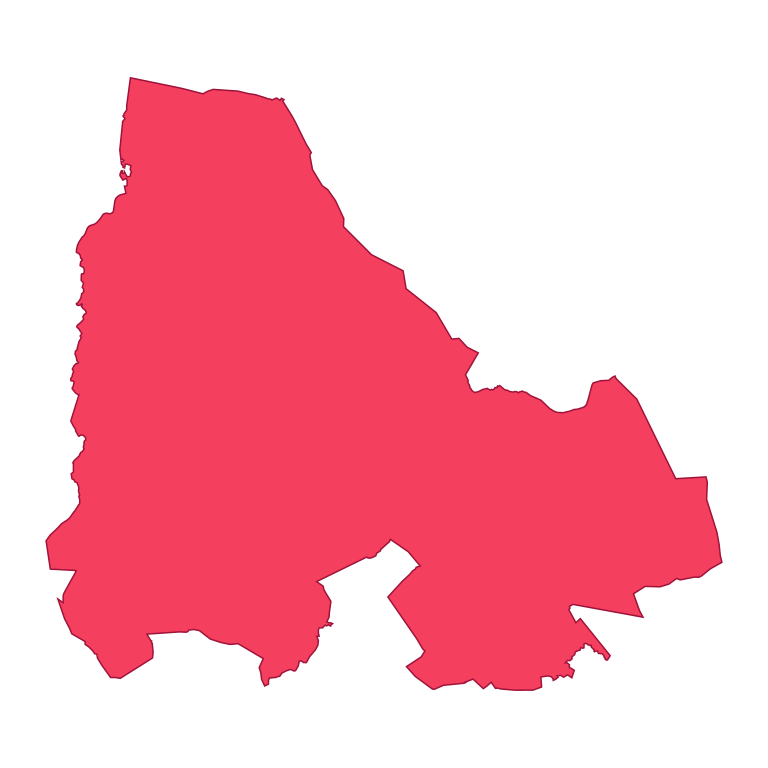 the district of Arroyo Seco, Querétaro, Mexico
{"feature_id": "50627088B12767875779778", "entity_name": "Arroyo Seco", "entity_type": "district", "adm_level": 2, "iso_a3": "MEX", "parent_name": "Mexico", "parent_adm1": "Querétaro", "projection": "natural_earth1", "projection_center": [-99.653, 21.432], "detail": "fine", "context": "isolated", "style": "filled", "palette": "rose", "viewbox_px": 768, "rotation_deg": 0, "n_neighbors": 0, "source": "geoboundaries", "source_scale": "gbopen_adm2", "svg_char_len": 5964}
<svg xmlns="http://www.w3.org/2000/svg" viewBox="0 0 768 768"><path d="M74.1,460.6L72.8,462.9L73.4,463.3L73.4,472.0L71.2,473.8L72.0,478.8L74.4,480.2L74.7,481.7L77.0,482.6L78.5,486.4L78.8,488.2L78.5,491.3L79.7,495.3L78.8,496.1L79.8,500.2L79.6,504.0L78.9,504.5L74.6,511.3L73.8,512.0L70.0,517.5L67.0,520.2L61.7,523.6L56.6,529.1L50.3,534.9L46.1,540.8L50.3,569.1L76.0,570.5L75.4,572.5L64.1,592.9L63.2,595.5L63.1,602.7L57.9,599.0L64.6,618.8L69.7,628.6L71.8,633.8L85.4,641.7L85.0,643.1L85.1,644.3L88.8,646.9L92.9,651.0L94.7,653.8L96.8,654.0L97.5,658.1L101.6,664.9L110.6,677.5L114.9,677.5L120.3,678.3L152.5,658.0L153.1,652.7L152.3,643.7L151.4,641.7L151.5,641.1L151.2,641.2L149.2,638.1L147.0,634.1L179.4,631.9L186.0,632.2L187.7,631.7L188.9,630.1L193.8,629.5L199.4,630.6L210.2,639.0L215.7,640.8L220.5,642.4L229.9,644.4L238.1,643.7L263.3,658.6L259.2,667.5L260.8,672.8L261.6,679.4L264.7,686.0L268.5,684.1L268.5,680.3L269.5,678.0L276.2,677.4L277.3,676.7L279.7,676.3L282.0,673.0L286.4,670.8L290.0,669.6L291.3,669.6L293.4,670.8L294.7,671.0L295.7,670.4L298.3,665.8L299.3,661.1L301.2,660.9L303.7,662.6L306.4,662.6L309.4,656.9L315.4,649.9L317.9,645.2L318.4,640.5L316.7,636.3L319.1,636.2L318.4,632.8L318.4,629.8L319.2,627.9L322.8,627.8L323.9,626.2L325.3,625.2L326.3,625.9L328.4,624.9L330.6,626.1L331.4,624.4L332.6,623.7L331.4,623.0L328.7,622.7L326.8,621.8L329.1,617.1L329.4,612.3L330.9,601.4L324.1,590.2L323.1,586.1L316.6,581.6L366.6,557.1L367.9,558.0L370.0,558.1L371.7,557.8L375.8,555.8L376.8,553.0L380.2,551.1L381.0,549.2L389.5,541.6L390.3,539.3L408.2,551.7L420.3,566.1L416.3,567.2L415.3,569.1L412.7,570.8L409.8,574.3L402.1,581.5L387.9,597.0L416.8,638.9L422.9,649.2L424.9,650.9L421.2,656.9L406.5,666.6L415.2,676.4L432.3,689.0L434.3,689.3L443.4,685.3L463.6,683.3L465.4,682.7L464.9,682.3L473.0,679.1L483.3,688.6L486.3,686.6L491.2,682.3L495.5,688.4L497.6,688.1L501.1,689.0L515.2,690.2L533.1,690.1L541.6,687.0L540.9,677.0L548.0,675.9L551.1,676.7L553.0,678.5L553.2,680.4L555.9,679.2L555.9,678.8L558.0,677.4L557.2,675.8L560.9,675.4L563.5,677.2L567.6,674.9L571.8,677.8L574.3,670.3L571.0,668.2L569.4,667.7L569.4,664.7L566.8,662.6L565.5,662.8L567.5,660.4L569.9,660.7L572.1,658.8L571.7,657.1L574.7,654.6L575.3,652.0L577.8,650.7L580.0,650.2L580.7,647.7L582.9,648.2L584.0,647.8L584.0,644.0L585.1,643.4L587.2,643.9L588.0,644.8L590.5,645.6L590.9,645.2L591.3,645.4L591.4,647.2L594.2,649.9L594.0,651.4L594.4,651.8L595.5,651.2L597.4,651.0L598.5,653.4L602.3,653.8L604.2,656.1L604.0,657.0L605.4,658.7L605.2,659.2L606.5,660.1L607.5,659.9L610.2,655.7L580.3,618.6L575.9,622.7L568.8,609.7L570.0,608.2L569.4,606.4L573.0,604.4L643.0,617.2L639.5,610.6L633.5,593.8L645.1,586.4L660.0,586.8L668.9,584.1L676.6,578.5L680.2,579.9L694.3,577.1L698.7,577.3L701.4,576.1L710.2,568.9L721.9,562.3L720.2,555.2L719.2,544.9L716.9,532.2L706.6,499.4L707.3,482.4L706.0,476.9L675.7,478.7L636.8,399.1L616.1,378.6L615.0,376.0L612.2,377.4L608.9,380.3L600.8,380.7L593.6,382.8L592.8,383.4L591.9,385.4L588.2,399.3L586.5,404.4L584.8,406.5L582.9,407.5L577.4,409.2L574.0,409.5L569.6,411.2L563.0,412.7L557.1,412.4L553.6,411.0L549.6,408.5L541.0,400.2L530.7,395.7L526.0,392.3L524.3,392.1L522.4,391.1L519.2,392.0L518.8,392.7L517.6,392.5L516.9,391.7L514.7,391.5L514.1,391.9L512.6,392.0L509.7,391.5L507.0,390.1L506.4,390.3L504.3,389.4L499.8,385.6L498.6,386.3L497.7,385.8L497.3,386.4L497.3,387.3L496.2,387.7L495.0,387.6L494.1,389.1L493.4,389.6L492.3,389.8L491.5,389.4L490.3,390.1L486.9,388.3L485.7,388.9L483.1,389.3L477.8,391.9L476.3,392.0L475.3,392.5L473.7,392.0L472.0,390.6L469.7,386.9L469.6,385.4L467.9,382.5L468.2,380.4L465.5,374.8L478.3,352.9L467.1,347.2L459.0,338.4L451.8,339.1L436.2,312.6L406.1,288.7L403.1,270.8L371.6,254.8L343.5,226.7L343.8,218.5L335.4,200.5L327.7,189.6L322.2,185.7L312.5,169.6L309.8,155.0L311.3,152.6L305.9,143.6L295.5,122.4L291.8,115.6L282.8,101.2L284.0,99.6L281.4,98.3L280.1,100.3L276.5,98.0L271.9,100.0L270.5,99.1L268.5,98.9L255.9,94.8L248.2,93.6L237.8,91.1L213.2,89.4L207.4,91.4L203.0,93.8L182.3,88.5L130.4,77.8L126.7,105.8L126.7,109.6L126.1,111.3L125.7,111.3L124.1,113.7L123.8,115.3L123.2,115.6L123.2,116.6L124.7,118.0L124.9,118.8L122.7,121.4L119.8,150.0L120.9,159.6L122.3,159.1L123.9,160.3L123.1,161.5L121.1,161.3L121.4,164.0L122.9,165.9L123.0,167.3L124.3,167.8L124.2,167.5L125.0,166.8L125.1,164.7L126.0,163.9L129.4,164.9L130.9,165.8L130.2,169.3L131.4,172.0L130.5,173.6L130.4,176.0L127.7,176.9L126.5,175.7L124.3,171.5L124.1,173.2L122.5,173.5L122.1,172.2L122.3,170.8L121.4,170.8L120.1,173.6L120.0,175.7L122.9,180.1L126.0,178.4L127.1,180.2L127.1,185.5L125.1,186.4L124.5,186.2L125.9,193.4L120.2,194.9L118.2,196.0L115.8,198.4L114.8,201.4L113.4,211.1L112.8,212.3L110.8,213.6L109.4,213.8L107.7,213.3L105.2,213.3L103.4,214.1L99.8,219.2L96.8,222.6L94.8,224.0L89.6,225.8L87.6,227.7L85.1,233.7L83.6,236.1L82.4,236.8L79.1,241.8L77.4,245.6L76.4,250.5L76.4,252.4L78.7,253.4L80.3,255.5L80.7,258.2L82.2,259.2L82.1,260.3L81.7,260.3L80.6,262.1L80.1,265.6L82.7,267.1L84.0,268.3L84.3,271.5L83.7,273.7L81.8,273.8L81.4,274.3L81.2,277.9L81.2,280.5L83.4,282.7L83.2,284.4L82.2,287.1L83.6,289.2L83.5,290.5L83.9,291.6L81.7,293.7L81.0,297.4L80.1,299.4L77.8,302.8L76.5,303.4L76.5,304.4L77.4,305.3L78.2,305.4L79.8,305.3L81.7,303.9L82.2,304.1L82.1,305.2L81.4,306.4L83.2,308.6L85.5,310.5L86.2,312.6L85.9,313.7L85.0,313.9L84.0,314.7L82.9,316.8L83.6,319.3L81.1,322.1L77.2,325.4L76.8,326.6L77.0,327.3L78.6,328.6L81.8,333.6L80.1,336.0L81.3,337.7L79.0,341.5L77.2,348.3L77.5,349.2L75.4,351.3L75.0,354.1L76.1,356.7L77.0,360.9L78.5,362.4L77.9,363.5L76.3,363.4L73.9,365.9L72.3,369.2L73.6,371.4L72.4,374.4L72.1,376.7L70.7,378.6L70.7,379.5L71.0,380.8L73.5,381.1L74.1,381.8L73.2,386.4L72.3,387.7L72.2,388.8L75.5,392.9L78.5,395.0L78.9,394.9L70.9,420.6L71.1,421.7L73.5,426.3L75.5,429.2L75.6,430.9L78.2,435.6L79.1,436.3L80.7,435.0L82.8,435.1L85.5,437.4L85.7,439.9L84.4,441.0L83.9,442.6L84.1,444.3L83.4,446.8L83.5,448.1L84.0,448.8L83.6,449.9L81.8,452.0L81.0,452.2L79.6,454.5L79.5,455.6L74.1,460.6Z" fill="#f43f5e" stroke="#9f1239" stroke-width="1.5"/></svg>